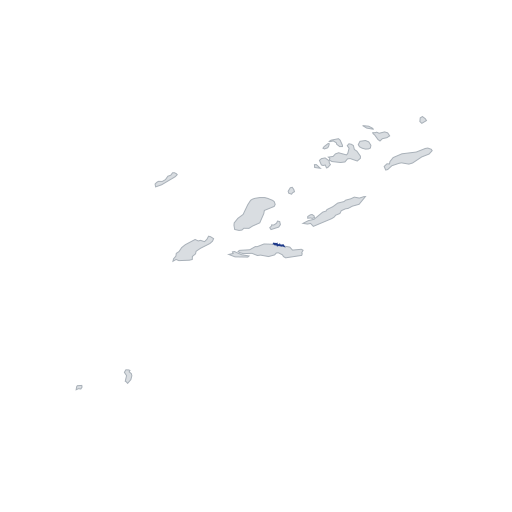 Auki-Langalanga, Solomon Islands (highlighted), rotated 113°
{"feature_id": "97153195B20176739288406", "entity_name": "Auki-Langalanga", "entity_type": "district", "adm_level": 2, "iso_a3": "SLB", "parent_name": "Solomon Islands", "parent_adm1": "", "projection": "equal_earth", "projection_center": [160.735, -8.86], "detail": "fine", "context": "in_parent", "style": "filled", "palette": "blue", "viewbox_px": 512, "rotation_deg": 113, "n_neighbors": 0, "source": "geoboundaries", "source_scale": "gbopen_adm2", "svg_char_len": 5814}
<svg xmlns="http://www.w3.org/2000/svg" viewBox="0 0 512 512"><g transform="rotate(113 256 256)"><path d="M203.2,258.6L210.8,266.1L214.0,265.4L224.0,265.5L229.8,270.9L233.3,273.3L235.2,278.0L237.6,279.1L239.1,281.6L239.9,286.0L236.3,288.3L234.1,289.0L228.4,287.4L222.8,284.1L211.9,283.6L206.8,282.7L205.0,281.4L203.4,279.6L200.8,275.5L198.8,270.7L198.4,267.8L198.3,262.4L198.9,260.4L201.0,258.5L203.2,258.6ZM237.6,214.2L246.1,228.0L245.8,230.5L244.6,232.1L244.3,236.7L245.3,238.5L247.7,239.3L251.6,244.2L253.4,252.2L255.0,254.9L255.1,260.7L258.8,268.7L259.2,272.6L258.8,274.3L257.2,273.3L252.7,264.2L247.6,260.3L247.0,258.6L241.8,253.3L238.3,244.3L234.6,228.4L236.3,224.7L232.1,216.9L232.3,214.9L235.3,215.2L235.9,214.3L237.6,214.2ZM206.5,221.1L207.6,225.5L203.0,221.6L199.5,216.9L189.5,211.7L187.3,209.1L185.5,208.8L180.4,204.4L175.4,201.5L171.5,196.2L169.6,195.3L166.4,191.2L163.4,188.5L162.3,183.5L159.3,180.0L158.5,178.5L168.1,181.3L172.5,186.8L176.3,189.9L177.6,192.1L181.0,195.2L184.1,195.4L187.2,198.5L189.9,199.4L192.1,201.0L206.3,214.8L204.7,218.5L206.5,221.1ZM270.7,310.2L275.1,313.0L277.6,312.5L281.3,314.4L284.1,313.3L285.9,315.7L290.4,325.2L290.4,328.2L293.3,330.4L290.8,330.8L287.4,329.7L284.7,330.4L282.0,328.6L277.3,327.7L273.2,325.5L264.6,318.5L264.7,315.0L263.3,313.3L262.9,309.0L259.8,307.7L256.3,307.4L256.0,305.4L256.6,301.8L259.3,301.8L262.5,303.3L270.7,310.2ZM125.0,168.6L126.2,170.2L123.5,173.0L120.0,171.5L119.1,169.1L116.7,169.6L111.8,168.2L104.9,161.6L97.7,149.1L90.8,142.1L89.5,140.0L89.3,136.4L90.2,135.0L94.5,136.5L100.1,142.2L109.2,148.2L111.7,151.2L113.4,158.5L114.9,160.7L119.8,166.2L125.0,168.6ZM134.7,210.9L136.9,214.7L139.4,223.1L138.9,226.0L137.2,226.2L136.7,228.0L134.2,223.9L131.0,222.8L128.7,220.3L127.6,212.2L125.8,211.6L120.5,212.4L118.8,215.1L116.4,214.3L115.9,211.8L116.3,209.5L119.5,207.1L120.1,204.1L123.3,198.9L125.3,198.1L129.0,199.9L129.5,207.3L130.8,209.7L134.7,210.9ZM231.6,375.4L229.2,377.0L227.1,376.2L225.4,375.0L224.0,371.4L221.1,369.2L217.0,368.3L214.9,366.0L212.0,365.3L211.2,363.4L211.4,361.4L211.9,360.3L214.5,361.3L227.3,370.7L231.6,375.4ZM97.6,196.1L96.9,196.7L95.8,194.2L94.9,193.4L94.9,190.6L91.5,186.1L91.2,182.9L93.2,179.9L95.9,181.7L98.6,185.5L101.7,186.8L101.1,189.3L98.3,193.9L97.6,196.1ZM115.0,203.4L113.5,205.4L109.8,205.1L106.9,200.3L106.9,196.8L109.2,193.5L111.9,192.9L113.4,194.2L114.8,196.9L115.3,200.4L115.0,203.4ZM146.6,231.4L143.2,235.0L140.8,233.8L138.7,230.7L139.8,225.9L141.7,224.9L142.8,223.2L146.5,224.5L147.4,225.5L145.2,227.8L146.5,229.6L146.6,231.4ZM422.4,327.4L416.7,328.4L414.5,331.7L411.6,331.3L410.6,328.6L410.6,327.3L412.2,327.5L413.0,324.8L414.7,323.5L418.7,322.9L423.4,324.4L422.3,326.8L422.4,327.4ZM265.0,275.0L265.2,281.7L262.6,278.0L261.4,279.3L260.3,277.6L260.5,269.8L258.7,262.4L260.2,263.1L265.0,275.0ZM121.9,232.7L121.9,233.4L120.0,232.1L115.8,225.9L116.5,223.8L120.3,219.7L121.5,219.2L122.6,221.7L121.6,225.4L120.4,226.3L119.9,229.8L121.9,232.7ZM217.6,245.8L220.5,246.4L225.8,252.5L224.6,254.4L222.1,253.4L221.3,253.8L220.5,251.7L217.8,249.9L215.4,249.8L215.1,247.6L217.6,245.8ZM183.8,251.7L179.8,251.1L178.6,249.5L180.0,247.2L181.8,245.7L183.4,247.0L185.2,247.4L185.4,250.4L183.8,251.7ZM68.2,157.7L64.7,158.8L62.6,157.3L63.5,153.8L64.7,152.0L69.1,155.2L68.2,157.7ZM201.0,223.2L199.4,223.8L196.9,222.1L195.9,220.6L196.4,218.2L197.8,217.2L199.4,218.9L199.6,220.5L201.0,223.2ZM449.4,369.3L446.4,370.0L445.2,369.8L443.2,365.8L444.7,364.9L446.9,365.3L447.5,367.6L449.4,369.3ZM130.7,234.8L130.6,236.5L128.6,236.0L124.2,233.5L124.1,232.4L126.6,232.0L128.4,232.3L130.7,234.8ZM95.0,204.1L94.3,208.8L92.5,203.0L92.9,198.3L93.5,197.7L95.0,204.1ZM151.6,236.6L149.1,237.9L148.3,236.1L150.1,231.1L151.6,236.6Z" fill="#d9dde1" stroke="#a8b0b8" stroke-width="1"/><path d="M235.3,235.2L235.3,235.3L235.5,235.6L235.7,235.4L235.7,235.5L235.8,235.5L235.9,235.8L235.9,236.0L236.0,236.1L236.1,236.4L236.1,236.5L236.3,236.8L236.3,237.0L236.5,237.2L236.5,237.3L236.6,237.2L236.6,237.3L236.6,237.5L236.0,235.4L236.0,234.4L235.8,234.7L235.6,234.9L235.3,235.2ZM237.3,240.8L237.2,240.8L237.0,241.0L236.9,241.1L236.9,241.3L236.9,241.8L237.0,241.8L237.0,241.7L237.1,241.9L237.1,242.0L237.2,241.9L237.2,241.7L237.0,241.3L237.1,241.2L237.3,241.0L237.3,240.9L237.3,240.8ZM237.7,244.6L237.6,244.4L237.6,244.2L237.6,243.9L237.4,243.9L237.4,244.1L237.4,244.3L237.4,244.5L237.5,244.6L237.7,244.6ZM237.4,242.8L237.3,242.7L237.2,242.7L237.2,242.8L237.2,243.0L237.3,243.2L237.3,242.9L237.4,242.8ZM237.9,243.6L237.9,243.4L237.7,243.4L237.8,243.4L237.8,243.5L237.8,243.8L237.9,243.7L237.9,243.6ZM237.2,239.6L237.1,239.4L237.1,239.5L237.1,239.8L237.1,240.0L237.2,239.9L237.2,239.7L237.2,239.6ZM237.3,242.4L237.2,242.3L237.2,242.2L237.3,242.2L237.2,242.1L237.1,241.9L237.0,242.0L236.9,242.0L237.0,242.1L237.2,242.4L237.3,242.4ZM237.3,240.6L237.2,240.5L237.2,240.4L237.1,240.5L237.3,240.6ZM237.6,240.5L237.6,240.4L237.4,240.3L237.5,240.4L237.6,240.5ZM237.8,242.8L237.7,242.7L237.7,242.8L237.7,242.7L237.7,242.8L237.5,243.0L237.6,242.9L237.8,242.8L237.8,242.8ZM236.7,238.3L236.7,238.2L236.6,238.3L236.7,238.3ZM237.1,239.3L237.0,239.1L237.0,239.3L237.1,239.3ZM237.0,238.3L236.9,238.3L236.9,238.2L236.9,238.3L237.0,238.4L237.0,238.3ZM237.8,242.1L237.7,242.1L237.8,242.2L237.8,242.1ZM237.4,241.0L237.4,240.9L237.4,241.0L237.4,241.0ZM236.8,238.4L236.7,238.3L236.8,238.4ZM236.8,238.5L236.8,238.4L236.7,238.5L236.8,238.5L236.8,238.5ZM237.8,243.7L237.7,243.6L237.8,243.7ZM235.8,235.8L235.7,235.8L235.8,235.8L235.8,235.8ZM237.3,239.1L237.2,239.1L237.3,239.1L237.3,239.1ZM238.0,242.7L237.9,242.6L238.0,242.7L238.0,242.7ZM237.7,242.2L237.7,242.3L237.7,242.2ZM237.6,239.8L237.5,239.7L237.5,239.8L237.6,239.8ZM237.0,238.5L236.9,238.6L237.0,238.5L237.0,238.5ZM237.5,243.8L237.5,243.7L237.5,243.8L237.5,243.8Z" fill="#3b82f6" stroke="#1e3a8a" stroke-width="1.5"/></g></svg>